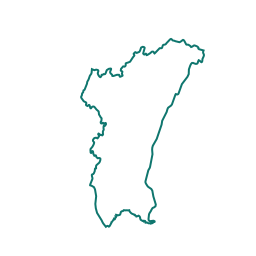 Brest, Robinson projection, rotated 288°
{"feature_id": "BLR-2338", "entity_name": "Brest", "entity_type": "Region", "adm_level": 1, "iso_a3": "BLR", "parent_name": "Belarus", "parent_adm1": "", "projection": "robinson", "projection_center": [25.618, 52.455], "detail": "fine", "context": "isolated", "style": "outline", "palette": "teal", "viewbox_px": 256, "rotation_deg": 288, "n_neighbors": 0, "source": "natural_earth", "source_scale": "10m", "svg_char_len": 5826}
<svg xmlns="http://www.w3.org/2000/svg" viewBox="0 0 256 256"><g transform="rotate(288 128 128)"><path d="M141.6,158.9L126.5,158.7L118.8,157.1L116.7,157.2L114.7,157.7L110.6,159.4L97.8,161.0L96.8,161.0L94.0,160.4L82.7,161.1L81.7,161.4L80.7,162.2L79.0,164.2L78.3,165.3L77.2,169.0L75.9,170.5L70.7,173.3L63.8,178.1L62.0,178.3L60.7,177.4L59.5,176.1L57.7,175.6L56.5,175.5L53.3,174.7L52.2,174.7L47.8,175.6L47.2,175.9L46.8,176.2L46.2,177.0L46.1,177.5L47.6,180.7L47.7,181.2L47.5,182.1L47.1,182.3L46.7,182.0L46.5,181.3L45.2,180.8L44.6,179.9L45.2,179.9L44.2,178.5L43.9,177.7L43.7,176.9L44.0,175.3L43.9,174.8L43.4,174.3L43.4,173.9L44.1,173.7L44.7,173.1L44.2,172.5L44.0,172.1L44.7,171.8L44.6,171.4L44.1,170.7L44.4,169.4L44.7,168.4L45.5,167.7L46.5,167.2L47.4,166.5L47.9,165.2L47.1,164.3L46.4,163.3L46.9,162.8L47.1,161.5L47.6,161.3L47.6,161.0L47.3,160.9L47.6,160.2L47.7,158.4L48.0,157.3L48.9,155.7L49.5,155.0L50.2,154.6L49.7,153.6L49.1,151.4L48.7,150.7L48.7,150.0L48.5,149.3L47.5,148.9L46.7,147.6L45.9,147.2L43.7,147.3L42.8,147.0L41.6,145.1L41.8,144.9L41.9,144.2L41.8,143.7L41.0,144.3L40.2,143.8L40.1,143.5L39.4,144.1L39.0,144.0L38.6,143.7L38.0,143.5L37.4,143.7L37.2,143.6L37.6,143.1L37.6,142.7L36.6,142.6L33.8,141.8L33.2,141.3L32.5,141.5L29.3,140.9L28.3,140.3L28.6,139.3L28.5,138.6L28.0,138.0L27.2,137.5L29.4,134.2L30.2,133.2L32.1,131.4L37.7,124.8L41.7,122.2L45.7,120.4L53.3,118.8L59.4,115.6L61.2,113.9L61.8,111.4L61.8,109.7L62.6,109.5L68.6,109.9L69.5,109.6L70.9,108.7L71.9,108.2L72.3,108.1L72.8,108.3L73.4,109.1L74.3,109.5L76.7,109.7L79.0,109.2L79.3,109.3L79.5,109.9L79.7,110.1L79.9,110.1L80.8,109.7L81.9,109.4L82.4,109.4L82.9,109.5L85.0,110.7L85.6,111.1L86.6,111.5L87.7,111.6L88.8,111.6L89.8,111.4L90.4,111.1L90.5,110.8L90.6,110.4L90.5,109.6L89.9,108.7L89.9,108.4L90.7,106.8L91.8,106.1L92.0,105.8L91.9,105.4L91.2,104.6L92.6,103.1L94.6,102.1L94.9,101.9L95.0,101.7L95.0,101.2L94.8,101.1L93.1,100.8L92.9,100.7L92.9,100.3L93.2,100.0L95.4,99.1L96.5,98.9L99.3,100.0L101.7,100.4L103.2,100.4L103.9,100.2L104.7,98.9L105.1,98.6L105.5,98.5L105.8,98.4L107.5,98.8L108.2,99.4L108.7,100.2L108.9,101.0L108.7,102.1L108.9,102.3L110.8,102.9L111.4,103.0L111.9,102.8L112.4,102.0L112.8,101.6L113.4,101.6L113.6,101.7L113.6,101.8L113.6,102.0L113.0,103.7L112.9,104.1L113.2,104.8L113.0,105.7L113.2,105.9L113.5,106.1L114.1,106.2L114.4,106.2L115.1,105.8L116.9,105.2L117.4,105.2L118.6,105.4L119.3,105.3L120.4,104.7L122.0,104.3L122.4,104.3L122.5,104.9L122.6,105.1L123.2,105.5L124.6,105.9L125.3,105.7L125.8,105.3L125.8,104.9L125.6,104.6L124.9,104.3L124.6,104.0L124.5,103.4L124.6,103.2L125.1,102.9L125.2,102.7L125.1,102.4L124.4,101.9L124.2,101.6L124.1,101.1L124.2,100.8L124.4,100.6L125.1,100.2L125.4,100.2L126.2,100.4L127.1,100.4L129.0,99.9L129.5,99.3L129.5,99.1L129.7,98.7L130.6,97.8L131.6,96.6L132.0,96.2L134.4,95.1L134.8,94.7L135.9,92.2L137.4,90.0L137.8,89.0L137.7,88.3L137.3,87.6L136.6,87.1L135.5,86.8L135.3,86.7L135.2,86.5L135.2,86.3L135.5,85.9L137.2,84.8L137.8,84.3L137.9,83.9L137.7,83.5L136.7,83.0L136.4,82.7L136.6,81.5L137.0,80.9L137.3,80.8L138.7,80.7L139.2,80.4L139.4,80.0L139.7,77.9L139.9,77.4L141.2,75.7L141.7,74.9L142.5,74.1L142.9,73.9L143.2,73.8L144.9,74.0L146.7,73.7L147.2,73.9L147.8,74.2L148.1,74.3L149.3,74.1L150.1,74.1L150.7,74.7L151.2,74.9L157.6,75.3L158.5,75.1L159.5,75.0L161.9,75.5L165.8,75.6L166.9,75.9L168.1,76.3L169.3,76.3L172.8,75.5L172.6,78.1L172.9,78.6L173.5,79.4L173.7,79.9L173.8,81.2L173.7,81.7L173.4,82.0L173.0,82.2L170.8,82.3L170.1,82.7L169.1,83.6L168.3,84.6L167.9,85.4L167.8,85.9L168.2,86.3L168.7,86.5L169.5,86.6L170.3,86.5L170.5,86.6L170.8,87.5L171.7,88.1L171.9,89.1L172.2,89.5L173.1,89.8L176.2,89.9L176.7,90.1L178.3,91.4L179.1,92.9L179.2,93.3L179.1,93.6L178.9,93.7L178.3,93.8L176.5,93.6L175.9,93.7L175.2,93.9L174.5,94.7L173.8,96.3L173.6,96.5L172.8,96.9L172.7,97.0L172.8,97.7L173.2,98.4L175.1,100.9L175.3,101.3L175.5,102.2L175.8,102.9L175.7,103.3L174.4,104.2L174.3,104.4L174.3,104.6L174.4,104.9L175.8,106.4L176.1,106.6L176.5,106.5L177.3,105.8L177.9,105.4L179.7,105.3L180.0,105.0L180.2,103.8L180.4,103.4L182.0,103.1L182.4,103.2L183.7,103.8L184.9,104.2L185.1,104.4L185.2,104.8L185.3,105.8L185.8,106.2L186.3,106.4L187.0,106.4L188.4,106.0L188.7,105.9L189.0,106.1L189.3,106.4L190.4,108.0L191.6,109.4L192.1,109.6L196.6,110.8L198.7,111.6L199.0,111.6L199.3,111.4L200.2,110.5L200.6,110.5L202.3,111.4L202.4,111.6L202.4,112.0L202.1,112.5L202.1,113.1L203.6,114.9L204.0,115.2L204.3,115.4L205.9,115.6L208.3,115.6L208.8,115.8L209.8,117.0L209.8,117.3L209.9,118.1L209.6,118.9L209.2,119.1L203.6,119.4L203.3,119.7L202.9,120.6L202.9,120.8L203.0,121.0L203.9,121.7L204.2,122.0L204.1,122.3L204.0,122.5L203.1,123.2L203.3,123.6L204.0,124.3L205.9,125.9L207.7,127.0L208.0,127.2L208.4,128.1L208.3,128.6L208.0,129.2L207.2,129.9L207.1,130.2L207.8,130.6L213.6,133.4L213.9,133.9L214.0,134.6L214.3,135.2L214.6,135.5L214.9,135.6L217.3,135.6L217.8,135.8L218.1,136.1L218.8,137.4L219.4,138.0L220.6,138.4L225.2,140.6L225.8,141.1L226.0,141.4L225.9,141.9L225.8,142.3L225.2,143.2L225.1,143.6L225.3,144.9L225.2,146.4L225.5,150.4L225.7,150.7L227.2,152.0L228.4,152.7L228.8,153.1L228.8,153.4L228.8,153.7L228.5,154.2L228.1,154.8L225.5,157.5L225.4,158.1L225.8,159.3L225.8,159.9L225.5,161.0L225.2,162.0L224.5,163.0L225.0,163.7L226.7,165.1L227.0,165.4L227.1,166.3L227.0,168.0L226.9,168.6L226.6,169.5L226.1,170.2L225.3,170.3L224.9,171.2L225.1,175.9L223.5,175.9L222.6,176.3L221.4,177.4L220.4,177.8L219.4,177.8L216.7,177.5L214.9,177.9L213.9,178.0L213.3,177.5L213.5,176.6L214.2,175.3L214.3,174.3L213.0,174.1L211.9,174.2L211.0,174.1L210.3,173.6L209.9,172.5L209.9,170.9L210.0,169.7L209.7,168.8L208.5,168.2L206.6,167.9L202.6,167.8L198.0,169.1L195.0,168.7L186.4,165.7L176.3,165.4L175.7,165.2L175.1,164.5L175.0,164.0L175.1,163.5L175.1,163.0L174.6,162.8L164.0,162.5L162.6,162.0L159.7,159.9L158.3,159.7L155.1,159.8L145.4,158.3L141.6,158.9Z" fill="none" stroke="#0f766e" stroke-width="2"/></g></svg>